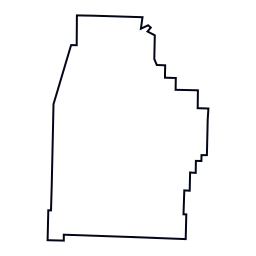 Madison, Arkansas, United States of America (Equal Earth projection)
{"feature_id": "52423323B84636308996882", "entity_name": "Madison", "entity_type": "district", "adm_level": 2, "iso_a3": "USA", "parent_name": "United States of America", "parent_adm1": "Arkansas", "projection": "equal_earth", "projection_center": [-93.669, 36.034], "detail": "fine", "context": "isolated", "style": "outline", "palette": "ink", "viewbox_px": 256, "rotation_deg": 0, "n_neighbors": 0, "source": "geoboundaries", "source_scale": "gbopen_adm2", "svg_char_len": 610}
<svg xmlns="http://www.w3.org/2000/svg" viewBox="0 0 256 256"><path d="M71.1,45.1L53.5,104.2L53.0,127.8L52.5,150.7L51.7,186.6L51.0,210.4L48.3,210.3L47.6,240.2L63.8,240.6L63.8,234.7L130.6,237.0L185.7,239.1L186.3,214.4L183.5,214.3L184.3,190.4L189.7,190.7L190.1,172.5L195.7,172.9L195.9,160.9L201.4,161.0L201.5,155.1L206.9,155.1L207.7,119.7L208.4,108.5L197.7,108.2L197.9,90.3L175.6,89.8L175.8,78.0L165.0,77.7L165.0,73.3L165.2,65.3L156.8,65.0L154.3,59.0L154.8,35.3L147.5,31.5L150.8,27.6L148.1,25.3L140.9,28.7L142.5,17.2L93.5,15.7L76.9,15.4L76.7,45.2L71.1,45.1Z" fill="none" stroke="#020617" stroke-width="2"/></svg>